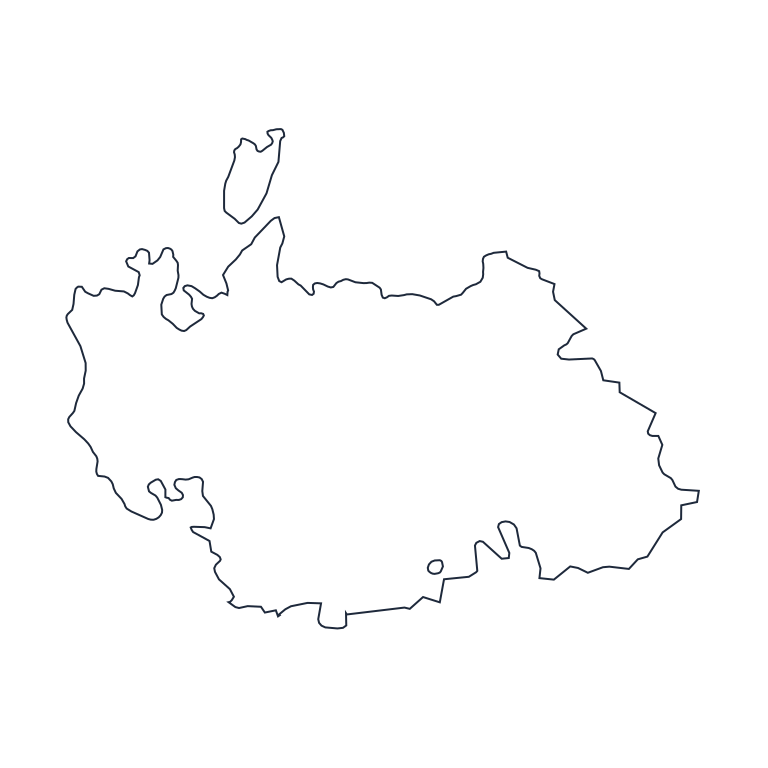 SVG path tracing the border of Burgos, rotated 274°
{"feature_id": "ESP-5810", "entity_name": "Burgos", "entity_type": "Autonomous Community", "adm_level": 1, "iso_a3": "ESP", "parent_name": "Spain", "parent_adm1": "", "projection": "orthographic", "projection_center": [-3.389, 42.329], "detail": "fine", "context": "isolated", "style": "outline", "palette": "slate", "viewbox_px": 768, "rotation_deg": 274, "n_neighbors": 0, "source": "natural_earth", "source_scale": "10m", "svg_char_len": 6130}
<svg xmlns="http://www.w3.org/2000/svg" viewBox="0 0 768 768"><g transform="rotate(274 384 384)"><path d="M543.1,267.5L524.3,274.2L517.1,272.8L512.9,271.0L495.1,269.0L483.5,270.4L479.4,272.3L478.4,274.7L481.5,279.1L482.4,281.7L482.6,284.3L480.9,287.3L477.4,291.7L476.4,294.0L468.2,303.2L467.8,306.0L469.1,307.5L471.3,307.7L473.4,306.7L475.8,306.3L478.0,306.4L479.5,308.0L480.1,310.3L479.9,313.3L479.1,316.6L477.3,321.1L476.6,324.2L477.3,326.7L481.4,329.5L482.9,331.5L483.7,333.9L485.1,336.1L485.9,338.6L485.8,340.8L483.5,348.4L483.2,356.6L483.5,359.6L484.1,362.3L484.1,365.2L479.8,372.9L478.1,374.3L472.8,375.4L470.1,376.8L469.6,378.8L470.7,380.9L472.3,382.8L472.8,385.6L472.8,392.0L474.1,397.8L475.0,400.4L475.6,405.9L474.8,413.6L471.8,425.1L470.0,428.2L466.7,431.2L466.8,433.1L476.0,447.0L476.7,449.8L478.5,454.7L480.5,456.3L484.7,459.2L487.7,463.6L489.0,466.1L489.9,468.7L492.7,473.0L496.9,475.1L500.5,475.3L502.6,475.0L506.7,475.1L510.8,474.6L513.2,473.9L515.7,474.0L517.9,474.8L519.4,476.9L520.7,479.4L521.4,481.9L522.5,484.2L524.6,496.6L518.6,498.6L509.9,519.1L508.6,527.4L507.4,530.9L505.2,531.4L502.7,531.3L500.4,532.5L499.5,534.3L495.6,547.1L487.8,546.2L479.6,548.5L453.3,581.9L446.8,569.4L444.9,567.8L437.5,564.4L436.2,563.1L435.1,561.1L430.8,555.9L425.5,555.2L421.6,559.0L421.3,566.8L424.0,589.9L423.5,591.4L422.6,592.5L412.1,599.5L403.0,602.5L401.8,618.7L392.2,619.7L373.9,657.0L355.2,650.4L352.9,651.0L351.5,652.8L350.9,655.4L351.3,661.3L342.7,665.9L328.8,662.8L322.1,664.1L315.1,668.1L313.5,669.9L310.1,676.7L308.3,678.4L302.0,681.9L300.0,684.7L299.3,688.0L299.4,705.5L288.1,704.5L283.7,689.0L270.0,689.8L255.4,672.3L230.2,658.8L226.8,649.4L216.6,641.2L217.5,621.5L216.5,615.2L209.9,600.5L214.0,590.4L215.0,582.5L200.7,567.1L201.2,552.6L211.0,553.0L226.2,547.2L228.1,545.4L229.5,542.9L230.5,539.8L231.1,532.6L232.3,530.8L249.3,526.3L252.9,523.4L255.1,518.9L255.4,514.8L254.4,511.0L252.3,508.4L249.2,507.8L224.2,520.8L219.1,520.6L217.9,513.6L233.5,493.7L234.0,490.4L232.0,487.2L229.2,486.0L204.1,490.1L202.7,489.1L197.6,482.1L193.4,457.5L170.1,454.9L174.2,437.8L161.5,425.4L162.4,420.0L151.5,363.0L152.7,362.1L140.5,363.2L137.9,360.1L136.9,354.6L137.1,342.4L138.6,338.5L141.2,335.9L144.8,334.8L160.8,336.5L160.3,323.0L155.8,306.7L152.4,301.3L146.7,295.3L146.1,296.1L144.8,294.5L150.7,291.9L147.7,281.1L153.2,276.8L152.9,263.5L150.4,255.0L151.1,251.3L155.5,244.2L155.9,245.6L157.7,247.2L161.3,249.1L168.6,244.6L177.6,233.0L184.8,228.5L188.4,227.5L192.0,228.9L196.2,232.8L197.7,233.3L199.9,232.3L201.9,229.7L204.7,223.4L215.2,220.9L223.0,203.9L225.1,202.3L227.4,201.2L228.0,202.2L228.3,204.3L228.7,215.1L227.9,221.1L237.4,223.8L241.8,223.2L247.1,221.5L250.3,219.9L259.7,211.2L264.5,210.2L273.8,210.3L276.4,208.8L277.9,206.5L278.2,204.0L278.0,201.5L277.3,199.7L275.3,195.7L274.8,192.8L275.0,189.0L274.9,186.1L273.8,183.5L271.6,182.3L268.8,181.9L265.5,183.6L263.5,186.3L261.4,189.8L259.2,191.2L256.9,191.2L255.0,189.7L254.0,187.4L253.9,184.8L252.8,180.5L253.6,178.6L255.2,177.1L255.4,175.2L255.8,173.8L263.5,173.3L271.7,168.1L273.2,165.4L272.6,163.0L269.3,158.2L267.4,156.4L265.0,155.6L260.5,157.1L259.1,159.1L256.8,163.8L254.9,165.7L247.9,169.9L242.9,171.5L240.2,171.5L237.6,170.4L235.3,168.6L233.6,166.3L232.5,163.6L232.4,160.9L232.9,158.2L239.2,140.9L241.8,136.0L243.9,134.4L246.2,133.5L251.1,130.2L256.7,124.1L261.0,121.7L265.1,120.4L267.8,118.8L271.1,115.3L272.2,111.7L272.4,105.2L274.2,103.9L276.5,103.1L279.1,103.0L286.8,103.7L289.4,103.2L291.8,102.1L295.9,98.4L300.8,95.7L304.0,93.1L308.0,88.8L314.5,80.1L319.9,74.2L323.8,71.7L326.8,71.4L329.2,72.4L333.4,75.7L335.6,77.0L343.5,78.2L351.1,80.3L358.4,83.7L363.5,84.8L368.5,84.4L376.5,85.5L384.1,84.9L400.6,78.5L423.1,64.0L425.9,63.0L428.2,62.5L430.1,62.8L431.7,63.7L436.2,67.8L442.2,68.7L451.4,68.8L457.3,69.7L458.8,70.9L459.8,72.2L459.9,75.8L455.2,79.5L453.8,82.5L451.7,88.2L452.2,91.5L453.7,93.7L458.4,95.6L460.0,98.3L459.7,102.6L458.3,109.3L458.2,118.1L456.5,122.1L454.9,124.5L453.8,126.8L455.0,128.2L457.3,129.3L465.5,131.6L473.5,132.1L475.4,132.7L478.5,131.5L483.4,120.7L488.4,118.2L490.6,119.1L491.9,120.7L492.1,125.0L494.0,127.2L499.1,128.8L501.2,131.1L501.7,133.2L501.1,136.3L500.3,138.6L498.6,140.4L491.1,141.5L487.8,141.3L487.7,144.7L491.5,149.4L495.1,151.9L502.9,154.6L504.3,157.0L504.6,159.0L504.1,161.0L503.3,162.5L501.9,163.7L498.3,164.8L496.1,164.8L492.6,168.1L490.6,169.7L488.3,170.2L482.6,170.3L478.2,171.4L475.6,171.5L465.0,169.6L462.6,168.7L460.4,167.6L458.9,165.7L457.6,160.9L455.9,159.0L453.6,157.8L447.6,156.3L437.9,157.5L435.5,159.5L433.7,162.0L432.5,164.5L429.3,169.1L425.5,173.3L424.1,175.9L423.1,178.3L422.9,180.9L424.0,183.0L427.8,186.6L436.0,197.3L438.0,198.7L439.8,199.5L441.3,198.7L441.8,196.7L441.6,194.7L443.8,190.2L445.7,188.2L447.9,187.0L450.4,186.4L455.6,186.6L457.6,185.3L459.6,183.3L463.4,177.7L465.8,177.1L467.7,178.4L468.7,181.0L468.2,185.2L466.3,188.9L463.4,193.7L460.4,197.6L458.7,201.1L457.8,204.0L457.6,206.7L458.7,209.1L460.4,211.2L462.3,212.9L463.8,215.5L462.9,218.8L461.8,221.5L465.2,221.5L466.4,222.0L473.3,219.8L481.5,215.8L490.2,220.4L497.9,227.5L503.1,231.2L507.3,233.2L514.2,241.8L521.1,244.9L538.9,259.7L541.9,263.2L543.1,267.5ZM206.1,455.5L210.4,454.3L211.5,453.5L212.1,452.0L211.5,446.9L210.0,443.7L207.1,441.4L203.7,440.5L200.9,441.2L199.8,442.4L198.8,444.0L198.2,445.8L198.1,447.7L199.0,451.2L199.8,452.8L201.0,453.7L206.1,455.5ZM565.6,211.0L572.8,211.7L575.8,212.4L579.8,214.2L596.5,219.1L599.9,219.5L602.5,219.1L604.8,218.2L606.6,218.4L608.0,219.3L609.0,220.9L610.6,222.5L613.0,224.1L615.3,224.5L618.1,224.4L619.0,225.5L618.6,228.5L617.9,230.1L617.5,231.9L615.0,237.0L614.0,238.5L612.5,239.6L609.1,240.5L607.7,241.6L607.2,243.1L607.1,244.8L608.1,246.3L612.2,250.7L614.9,254.7L616.6,255.7L618.4,256.1L620.0,255.4L621.7,254.4L624.2,251.4L625.7,250.4L627.5,250.1L628.3,251.2L629.2,253.2L629.5,255.6L630.6,258.8L631.1,263.4L630.5,264.9L627.5,266.6L624.2,267.2L623.0,266.1L622.3,264.7L619.1,263.5L598.2,263.2L584.5,257.6L566.0,253.5L549.2,245.8L542.0,240.4L535.3,233.6L534.0,230.5L534.5,228.0L538.4,223.5L544.0,214.7L545.5,213.0L548.3,212.2L565.6,211.0Z" fill="none" stroke="#1e293b" stroke-width="2"/></g></svg>